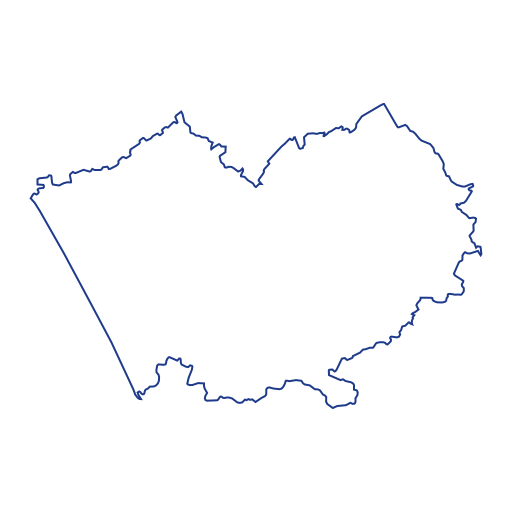 an SVG outline of Altay
{"feature_id": "RUS-2399", "entity_name": "Altay", "entity_type": "Territory", "adm_level": 1, "iso_a3": "RUS", "parent_name": "Russia", "parent_adm1": "", "projection": "mercator", "projection_center": [83.175, 52.561], "detail": "fine", "context": "isolated", "style": "outline", "palette": "blue", "viewbox_px": 512, "rotation_deg": 0, "n_neighbors": 0, "source": "natural_earth", "source_scale": "10m", "svg_char_len": 6081}
<svg xmlns="http://www.w3.org/2000/svg" viewBox="0 0 512 512"><path d="M91.0,303.9L63.9,253.3L39.9,211.1L34.7,202.8L30.7,198.4L32.4,195.4L33.7,193.7L34.7,193.6L36.7,194.5L38.0,193.4L38.7,192.3L38.5,191.5L37.6,189.8L38.0,189.0L39.4,188.3L43.2,188.0L43.8,187.3L43.9,186.0L43.4,184.9L37.5,184.5L37.5,179.3L39.3,178.3L46.9,177.5L47.7,177.1L49.1,175.3L50.8,175.5L51.4,176.2L52.0,182.6L52.8,184.5L59.1,185.5L63.7,183.2L67.1,182.3L70.9,182.4L71.1,182.1L70.9,180.4L69.9,175.2L70.3,174.1L72.9,171.9L74.7,173.0L75.8,173.0L83.5,169.8L89.8,171.6L90.9,171.0L92.3,168.9L94.5,170.0L100.7,170.0L101.5,169.4L102.9,167.3L107.3,166.7L108.1,167.5L108.7,169.0L110.1,168.9L116.3,165.7L117.8,164.5L118.6,163.0L118.4,161.4L118.6,160.7L122.1,157.3L123.5,157.0L126.1,158.2L130.3,155.6L130.7,154.7L129.9,152.1L130.5,150.9L130.3,150.1L130.5,149.5L139.0,143.9L139.9,142.6L139.5,141.1L139.8,140.4L143.0,137.9L144.1,138.3L146.0,140.3L146.7,140.5L151.1,138.3L152.7,136.2L157.1,133.6L157.9,133.7L159.4,135.1L160.3,135.1L162.9,132.9L162.8,132.0L162.0,130.1L162.4,129.5L164.9,127.4L166.5,127.1L167.9,127.6L173.4,122.2L174.6,122.0L176.4,123.2L177.1,123.0L177.5,122.3L177.4,121.8L175.3,117.0L176.2,115.5L181.2,111.6L182.5,114.0L184.5,122.3L189.8,126.6L190.4,132.4L191.1,133.1L193.4,133.6L196.0,135.6L199.3,135.8L201.9,137.3L205.5,137.5L207.5,138.1L208.8,141.0L212.7,142.6L211.4,145.9L211.1,148.6L211.3,149.3L213.9,147.1L219.0,144.1L220.2,144.9L221.4,146.5L225.7,146.6L225.4,152.2L219.9,155.9L219.6,157.0L221.0,162.1L223.9,164.5L224.8,167.3L226.6,167.6L228.4,166.8L231.2,166.9L233.0,167.7L238.1,171.5L240.4,170.7L242.5,168.5L243.1,169.6L242.9,171.4L241.2,174.6L240.9,175.5L241.0,176.3L244.6,176.9L247.8,180.2L252.9,183.3L254.9,186.4L256.0,187.0L259.2,183.9L261.5,184.0L258.7,180.7L258.7,180.0L259.1,179.1L263.4,173.3L264.0,171.5L263.7,170.4L264.5,168.9L269.3,163.7L267.8,161.3L281.5,146.5L284.7,143.8L289.7,138.7L290.5,138.9L291.2,139.8L292.4,140.0L293.2,139.4L293.8,137.6L294.8,137.2L299.1,148.1L300.1,148.8L302.8,148.0L303.5,145.8L304.7,144.6L304.0,137.3L307.8,133.7L313.1,133.3L316.9,133.9L320.2,132.9L322.0,133.2L324.3,132.6L324.6,133.3L323.6,135.7L323.6,136.1L324.0,136.2L326.9,134.2L329.0,132.0L331.0,131.3L336.0,128.0L338.7,128.3L341.3,126.4L342.7,127.3L342.4,129.9L344.3,129.8L346.1,128.7L347.2,128.7L349.2,130.0L349.6,132.4L350.5,132.4L354.0,130.1L355.6,128.4L356.1,127.1L356.3,124.4L356.6,123.6L361.8,116.4L380.3,105.5L383.3,104.0L384.1,104.0L397.3,126.7L398.0,127.3L398.9,127.3L405.3,124.9L407.0,126.1L410.3,131.0L412.9,131.6L415.3,133.7L419.4,138.8L421.7,140.7L430.0,144.0L431.0,145.0L433.5,148.1L434.3,151.4L434.9,152.7L436.0,153.5L437.3,153.5L438.4,154.1L442.8,161.5L443.8,164.2L443.3,168.8L445.2,172.3L446.2,175.3L446.8,175.9L449.0,176.3L450.6,179.9L451.6,181.5L456.8,184.9L462.7,186.6L465.1,186.5L470.3,184.3L472.6,183.9L473.2,185.6L473.0,186.4L469.1,188.3L468.6,188.9L469.3,190.3L471.4,190.7L471.8,191.4L466.0,200.8L463.9,202.8L460.6,203.4L460.0,204.4L459.0,205.0L457.1,204.0L456.4,204.2L456.3,204.6L457.9,208.6L460.7,209.8L461.9,212.0L466.5,215.0L468.8,217.8L469.6,218.2L473.1,217.6L475.3,218.0L476.0,218.6L475.6,222.0L473.4,224.5L473.6,230.3L473.4,231.3L469.6,235.5L469.6,236.1L471.4,239.5L471.7,241.3L472.4,242.1L474.4,243.2L476.1,247.7L477.5,246.3L480.4,246.8L480.7,247.9L481.3,253.5L481.3,254.3L480.6,255.3L477.9,250.9L470.0,253.5L467.1,253.3L465.1,252.2L464.1,253.0L462.5,255.4L462.4,259.7L461.5,260.8L459.5,261.6L458.5,263.2L453.9,273.7L454.9,275.4L463.3,280.8L463.2,281.9L461.9,284.2L461.8,285.1L462.2,286.3L463.8,288.1L463.8,290.9L463.4,292.0L461.5,294.5L460.5,294.8L458.4,294.5L455.1,294.7L450.5,293.9L448.3,294.0L447.7,294.9L447.9,296.5L446.7,298.0L446.1,300.8L444.8,301.9L442.0,302.5L437.1,302.3L435.0,301.6L433.0,300.4L432.6,299.7L432.3,298.1L431.5,297.8L420.6,297.7L420.5,299.2L419.9,300.4L417.4,303.2L416.6,304.6L416.4,305.5L418.5,309.5L415.1,312.1L412.8,313.1L411.9,314.1L414.3,315.2L412.6,317.3L413.0,318.4L411.9,320.5L411.8,323.3L412.2,324.3L410.6,323.7L409.3,322.4L408.6,322.4L405.3,325.7L402.2,326.5L401.1,330.1L399.6,331.9L399.5,332.6L400.1,334.5L399.0,336.7L397.0,337.4L391.5,336.6L390.6,336.9L390.1,338.0L391.0,339.7L390.8,341.3L387.6,344.4L386.4,344.2L385.3,343.0L383.8,342.3L380.4,342.2L376.8,342.8L375.9,343.5L373.4,347.4L372.8,347.8L369.9,347.7L366.0,349.1L362.8,349.7L360.1,352.6L352.9,356.1L352.6,357.4L351.9,358.1L347.4,359.9L346.7,359.8L344.9,358.1L341.9,358.6L336.8,369.3L335.5,371.1L334.5,371.5L332.3,369.5L329.2,369.8L328.8,370.6L329.0,375.1L340.6,380.1L343.0,379.3L345.5,381.0L351.1,382.3L352.8,383.3L353.5,384.1L354.0,385.1L354.0,389.6L356.8,390.4L357.4,391.4L357.7,392.7L357.4,395.1L355.5,398.3L355.5,401.6L355.2,402.7L354.5,403.7L352.5,403.8L350.4,402.8L345.9,405.2L337.3,406.0L332.8,408.0L327.4,404.1L326.1,401.7L326.2,396.9L324.8,395.4L322.9,394.5L319.9,390.3L317.9,389.4L314.8,389.2L309.8,385.4L304.5,384.4L302.8,383.0L301.4,380.8L296.1,380.1L289.2,381.2L287.2,380.7L285.8,380.8L284.8,383.9L283.4,386.6L281.7,388.5L279.5,389.2L273.2,388.5L269.3,387.4L267.5,387.8L266.3,389.3L266.2,394.6L264.9,396.2L261.7,397.8L255.5,402.0L252.3,399.4L250.1,399.8L248.4,399.1L246.5,400.2L245.0,399.6L242.2,402.4L239.8,402.9L237.3,402.4L232.2,398.5L230.1,397.8L227.7,397.4L224.2,398.0L223.2,397.9L221.4,396.6L220.4,396.6L219.6,397.4L218.2,399.6L217.1,400.3L206.8,400.7L205.4,399.9L204.9,398.3L205.2,396.3L207.1,392.9L204.7,388.6L204.0,386.1L204.0,383.4L198.1,383.1L192.4,385.0L189.8,385.1L187.6,384.3L187.3,383.6L188.6,377.9L191.8,369.9L192.4,367.0L192.1,366.0L190.2,365.3L188.2,367.1L185.9,366.7L181.7,364.6L181.2,363.8L180.8,362.3L180.7,359.6L180.3,358.6L179.2,358.5L177.2,360.6L169.6,357.2L168.7,357.3L167.2,359.0L166.3,361.2L166.2,362.4L165.6,364.3L163.8,364.8L158.5,364.4L157.7,364.9L157.1,365.9L156.4,369.9L156.5,372.3L158.5,374.7L159.1,376.9L158.9,380.8L157.9,383.4L156.2,385.3L154.1,386.4L149.7,386.7L148.1,388.4L145.6,389.7L144.9,390.9L144.3,393.4L143.7,394.2L142.6,394.3L141.7,393.8L140.1,391.9L139.2,391.5L137.6,392.5L138.4,394.8L141.0,399.1L139.5,399.0L137.9,398.0L135.3,394.7L133.4,389.5L111.5,342.5L91.0,303.9Z" fill="none" stroke="#1e3a8a" stroke-width="2"/></svg>